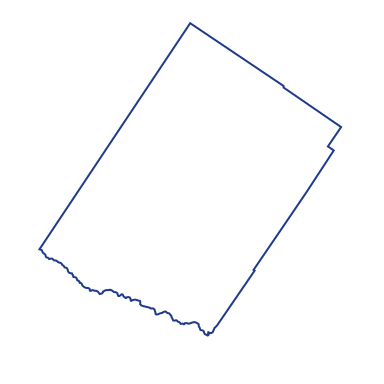 the district of Duchesne, Utah, United States of America, rotated 214°
{"feature_id": "52423323B70589658228764", "entity_name": "Duchesne", "entity_type": "district", "adm_level": 2, "iso_a3": "USA", "parent_name": "United States of America", "parent_adm1": "Utah", "projection": "orthographic", "projection_center": [-110.49, 40.32], "detail": "fine", "context": "isolated", "style": "outline", "palette": "blue", "viewbox_px": 384, "rotation_deg": 214, "n_neighbors": 0, "source": "geoboundaries", "source_scale": "gbopen_adm2", "svg_char_len": 2889}
<svg xmlns="http://www.w3.org/2000/svg" viewBox="0 0 384 384"><g transform="rotate(214 192 192)"><path d="M96.6,94.9L96.1,161.8L97.4,161.8L97.1,224.8L97.0,256.3L97.7,305.7L104.8,305.8L104.7,329.2L174.5,329.8L175.3,331.1L287.9,330.9L287.2,193.9L286.9,143.4L286.4,59.2L284.1,59.8L281.4,58.2L281.0,58.3L279.7,58.1L278.8,58.1L278.0,57.7L277.5,57.0L276.8,56.5L275.9,56.5L274.7,56.9L273.5,56.8L273.0,56.5L272.3,57.2L271.8,57.8L270.8,58.6L269.5,58.4L268.3,58.1L267.3,58.7L266.3,59.2L265.3,59.2L264.1,59.0L263.0,59.1L262.0,59.5L261.0,59.8L260.1,59.7L259.2,59.1L257.7,59.0L256.6,58.9L255.9,58.4L255.1,58.3L253.5,59.0L251.9,58.3L251.4,57.9L250.6,57.1L249.3,56.4L248.0,56.5L247.0,56.9L246.0,57.4L244.8,56.6L244.0,56.5L243.5,55.8L243.0,55.3L242.7,55.2L242.3,55.5L241.5,55.9L240.2,56.2L239.2,55.8L238.5,55.1L237.6,54.6L236.7,55.0L235.2,54.8L234.9,54.3L234.2,53.9L233.7,54.3L232.4,54.4L231.4,53.7L230.5,53.2L228.6,52.9L226.7,53.1L224.9,54.0L223.8,54.5L222.6,54.4L222.1,54.0L221.9,53.5L221.3,53.1L220.6,53.5L219.7,55.0L218.4,55.4L217.1,55.9L216.2,56.5L214.5,56.8L213.0,56.4L212.3,56.1L211.5,55.8L211.0,56.3L209.9,57.6L209.7,58.9L210.1,59.7L209.5,60.7L209.1,61.6L208.5,62.4L207.7,63.2L206.7,63.6L205.8,64.6L205.1,65.3L204.6,65.2L204.0,65.5L203.2,65.6L202.3,65.5L201.5,65.5L200.8,65.4L200.3,65.6L199.7,66.0L198.7,66.4L197.7,66.4L197.1,66.2L196.5,65.6L195.5,64.9L194.9,64.6L194.3,64.9L193.9,65.4L193.6,66.5L193.1,67.9L192.0,68.2L191.3,67.7L190.4,67.2L189.4,67.1L188.5,67.2L188.1,66.9L187.6,67.2L187.1,67.7L187.0,68.5L185.7,69.5L184.5,69.7L183.1,69.0L182.2,67.8L181.6,67.7L181.2,68.3L180.9,69.1L180.0,69.9L179.3,70.8L178.5,71.2L177.8,71.5L177.0,71.6L176.1,71.9L174.2,72.6L173.4,71.9L172.7,70.9L172.3,70.0L171.6,69.8L170.4,69.7L169.0,70.0L162.2,72.5L161.6,72.3L160.8,72.5L160.1,73.1L159.2,73.7L158.2,73.7L157.4,73.7L157.0,73.2L156.3,72.7L155.6,72.2L154.9,71.7L154.5,71.0L154.1,70.6L153.5,70.4L153.0,70.6L152.2,71.2L151.7,71.7L151.1,72.8L150.4,73.8L149.6,74.6L149.0,75.2L148.9,76.0L148.5,76.6L148.0,77.3L147.4,77.8L147.2,78.1L146.6,78.2L146.2,78.1L145.6,77.9L144.7,77.9L143.8,78.3L143.0,78.6L142.4,78.5L141.7,78.1L140.7,78.0L140.0,77.9L139.4,77.3L138.9,76.7L138.2,76.4L137.3,75.9L136.4,75.5L135.8,75.0L135.2,75.2L134.6,75.6L134.1,76.0L133.6,76.7L133.1,76.9L132.2,76.9L131.3,76.6L130.7,76.7L129.9,77.0L128.9,76.9L128.2,76.5L127.5,76.4L126.9,76.9L126.3,77.6L125.2,77.8L124.8,77.8L124.5,78.3L124.7,78.6L124.5,79.3L124.1,79.5L123.3,80.2L122.5,80.6L121.5,80.7L120.9,81.1L120.3,81.9L119.6,82.8L118.9,83.9L117.9,84.8L117.3,85.5L116.4,85.9L115.5,86.0L114.5,86.1L113.6,86.2L112.5,86.1L111.8,85.0L110.8,84.2L109.9,83.9L109.2,83.3L108.5,82.7L108.0,82.4L107.2,82.5L106.6,82.9L105.5,83.2L104.4,83.1L103.6,82.4L102.8,81.9L102.1,81.4L100.6,81.6L98.9,81.7L98.5,82.2L98.4,83.0L98.8,83.5L99.5,83.6L99.8,84.3L100.0,84.9L98.9,85.0L97.6,85.4L96.4,87.2L97.3,92.1L96.6,94.9Z" fill="none" stroke="#1e3a8a" stroke-width="2"/></g></svg>